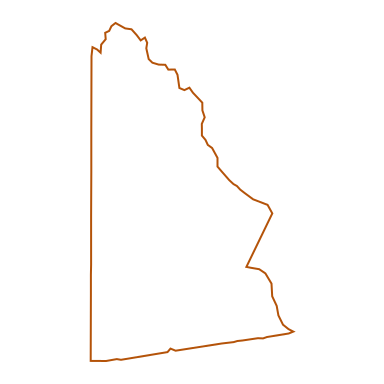 Santa Terezinha de Itaipu, Paraná, Brazil
{"feature_id": "56859067B53471345312520", "entity_name": "Santa Terezinha de Itaipu", "entity_type": "district", "adm_level": 2, "iso_a3": "BRA", "parent_name": "Brazil", "parent_adm1": "Paraná", "projection": "robinson", "projection_center": [-54.414, -25.439], "detail": "fine", "context": "isolated", "style": "outline", "palette": "amber", "viewbox_px": 384, "rotation_deg": 0, "n_neighbors": 0, "source": "geoboundaries", "source_scale": "gbopen_adm2", "svg_char_len": 1106}
<svg xmlns="http://www.w3.org/2000/svg" viewBox="0 0 384 384"><path d="M293.3,331.6L288.5,329.1L283.0,324.7L278.4,315.4L276.7,305.9L272.2,296.3L271.5,283.6L265.4,273.4L259.2,269.2L251.0,267.8L246.4,266.9L272.3,213.4L267.6,204.9L253.1,199.3L244.6,193.0L240.2,189.6L236.9,186.0L233.5,184.1L229.3,180.2L221.7,171.5L217.5,166.6L217.5,157.9L212.1,148.0L207.8,144.9L205.5,139.9L201.9,135.6L201.9,128.5L201.8,123.9L204.7,117.3L202.4,110.4L202.3,102.7L192.9,92.7L189.4,87.7L184.4,90.1L179.4,88.0L177.5,74.8L174.8,69.5L168.3,69.6L165.3,64.8L158.7,64.6L152.4,62.7L148.7,59.1L146.3,48.3L147.2,42.8L144.9,37.6L140.7,40.4L136.7,35.1L131.5,29.3L125.2,28.4L115.5,23.0L111.4,26.2L109.2,30.9L105.2,32.8L105.7,39.2L101.2,44.6L100.6,52.7L97.1,49.5L92.5,47.2L91.5,56.2L91.3,130.8L91.3,152.1L91.3,172.4L91.1,217.2L91.1,234.1L91.1,254.8L91.1,264.8L90.9,274.5L90.9,293.6L90.7,360.9L106.1,361.0L116.8,359.1L121.0,359.8L151.8,354.7L167.5,352.1L170.5,348.6L175.6,350.7L221.7,343.5L233.7,342.1L237.4,341.0L242.4,340.5L257.9,338.2L263.1,338.4L267.0,337.0L288.7,333.5L293.3,331.6Z" fill="none" stroke="#b45309" stroke-width="2"/></svg>